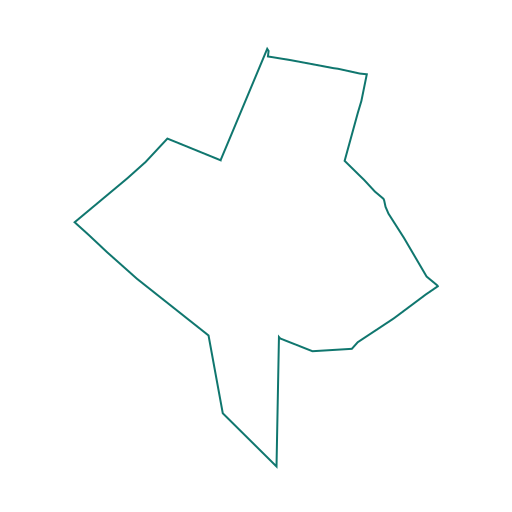 Plumtree, Matabeleland South, Zimbabwe, rotated 96°
{"feature_id": "62879985B2376154175895", "entity_name": "Plumtree", "entity_type": "district", "adm_level": 2, "iso_a3": "ZWE", "parent_name": "Zimbabwe", "parent_adm1": "Matabeleland South", "projection": "albers", "projection_center": [27.803, -20.508], "detail": "fine", "context": "isolated", "style": "outline", "palette": "teal", "viewbox_px": 512, "rotation_deg": 96, "n_neighbors": 0, "source": "geoboundaries", "source_scale": "gbopen_adm2", "svg_char_len": 724}
<svg xmlns="http://www.w3.org/2000/svg" viewBox="0 0 512 512"><g transform="rotate(96 256 256)"><path d="M48.8,266.5L138.1,293.3L164.3,301.2L164.5,301.2L148.5,356.4L174.4,375.9L175.2,376.7L192.2,392.1L241.4,439.9L252.3,424.9L267.8,404.5L291.1,372.0L340.0,294.9L415.9,272.6L463.2,213.6L334.2,224.7L335.5,223.3L344.8,189.9L338.3,151.0L331.1,145.8L303.6,112.4L276.6,83.2L267.5,72.5L267.2,72.1L266.7,72.5L266.5,72.4L266.4,72.5L258.6,84.2L222.6,110.7L200.0,128.7L195.0,131.5L193.6,132.3L187.2,134.4L185.8,135.2L179.5,144.5L168.9,156.6L164.9,161.7L152.1,177.8L103.0,169.7L90.8,167.4L63.7,164.8L63.7,171.9L61.2,194.2L61.1,198.6L57.6,241.8L56.3,265.0L50.8,264.9L48.8,266.5Z" fill="none" stroke="#0f766e" stroke-width="2"/></g></svg>